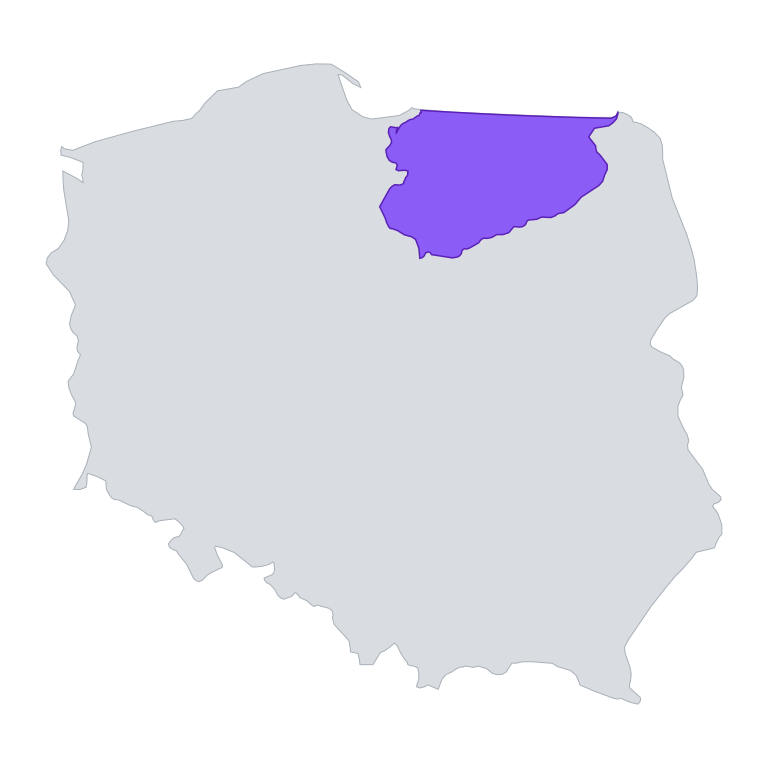 Warmian-Masurian on a map of Poland (Albers equal-area conic projection)
{"feature_id": "POL-3139", "entity_name": "Warmian-Masurian", "entity_type": "Voivodeship", "adm_level": 1, "iso_a3": "POL", "parent_name": "Poland", "parent_adm1": "", "projection": "albers", "projection_center": [20.397, 53.764], "detail": "fine", "context": "in_parent", "style": "filled", "palette": "violet", "viewbox_px": 768, "rotation_deg": 0, "n_neighbors": 0, "source": "natural_earth", "source_scale": "10m", "svg_char_len": 5427}
<svg xmlns="http://www.w3.org/2000/svg" viewBox="0 0 768 768"><path d="M683.0,427.2L687.1,434.6L688.8,440.5L687.5,445.2L688.1,449.9L702.8,469.5L708.7,483.9L712.3,489.5L720.4,496.5L721.2,499.5L718.3,502.5L713.9,503.9L712.7,506.5L717.8,513.2L721.8,524.7L721.9,534.2L719.4,536.8L716.4,542.6L714.4,547.9L696.2,552.3L692.0,558.1L682.4,569.2L675.8,575.7L666.1,587.2L650.6,607.0L628.2,640.0L624.3,647.5L625.3,653.6L630.1,667.7L631.2,674.1L630.6,680.1L629.4,685.4L629.7,687.8L640.2,697.3L640.7,699.4L639.9,702.0L637.8,704.1L629.8,702.2L620.9,698.4L617.9,699.0L613.2,698.2L593.4,690.8L580.0,685.0L578.6,681.0L576.0,675.2L570.3,670.4L557.4,666.5L552.2,663.3L531.3,661.7L522.3,661.8L515.9,663.2L511.9,663.1L506.3,671.8L502.4,674.3L496.8,674.6L491.8,673.1L486.7,668.6L478.5,666.2L472.7,667.4L468.4,666.4L464.6,666.2L463.3,667.1L460.3,667.0L456.0,669.1L451.2,672.2L446.0,674.5L441.9,679.5L438.2,689.3L428.0,684.9L424.6,686.8L419.8,688.0L416.5,686.7L417.3,683.3L418.8,679.5L418.8,674.1L417.9,668.2L414.8,666.3L410.0,665.5L407.6,664.3L407.4,662.4L405.0,659.8L400.9,653.5L397.0,645.5L394.3,643.1L390.3,646.8L384.2,651.0L380.5,652.4L373.0,664.6L360.0,664.7L359.3,659.0L358.0,653.5L350.5,651.9L350.3,648.7L348.9,640.6L334.1,624.4L332.4,617.7L333.1,615.2L332.1,610.9L328.9,608.3L317.1,605.0L313.9,606.6L311.2,604.7L307.0,600.8L299.6,597.5L298.8,595.9L296.2,593.1L294.7,592.7L293.7,594.3L291.4,596.5L283.6,599.2L280.5,597.9L277.8,595.2L274.8,589.6L270.3,584.6L266.6,582.7L264.5,580.1L264.1,578.1L272.7,574.4L274.7,570.4L273.9,562.9L272.7,561.9L269.3,564.3L262.1,566.3L255.6,567.0L252.2,566.9L234.3,552.5L222.4,547.7L215.4,546.2L214.6,547.5L217.4,555.3L222.5,565.0L222.1,567.5L211.4,572.5L206.8,575.5L202.8,579.8L199.4,581.7L196.6,581.0L193.7,578.7L186.7,564.4L177.7,553.2L176.7,550.8L173.7,550.0L169.6,547.3L168.3,544.0L170.7,540.7L173.8,537.8L179.1,536.2L180.8,534.4L181.8,531.8L184.0,528.4L183.5,527.1L180.1,522.9L174.9,518.8L159.6,520.7L155.3,522.5L153.2,519.7L151.6,515.8L147.9,514.8L142.9,511.0L136.9,507.2L130.9,505.8L118.7,500.0L113.9,499.4L111.3,497.5L108.6,493.5L106.4,489.3L105.8,480.9L96.8,476.4L87.9,473.4L87.1,474.5L86.9,482.9L86.0,487.3L79.8,489.6L73.7,489.4L74.2,488.1L82.5,473.6L86.5,464.3L91.4,447.3L88.1,433.3L87.4,426.8L85.6,423.6L73.7,416.0L73.0,413.6L75.6,404.7L74.9,400.8L72.3,396.6L69.0,388.3L68.1,381.4L73.7,373.8L78.2,360.2L80.5,354.8L77.5,351.4L77.0,347.0L78.4,340.7L77.1,335.9L73.0,332.5L70.5,328.3L69.6,323.2L71.3,315.4L75.5,305.0L69.5,291.5L53.5,275.0L46.1,263.8L47.3,257.8L51.4,252.7L58.4,248.4L64.1,240.2L67.8,230.2L68.8,220.9L63.8,190.3L63.2,182.6L62.8,171.0L77.2,178.6L83.1,182.7L82.7,178.6L81.7,175.1L82.9,170.1L83.1,162.4L70.0,157.3L61.2,155.2L60.7,149.8L61.9,146.5L64.1,148.7L72.8,150.3L95.1,141.7L133.0,131.2L173.2,121.3L182.5,120.5L191.9,118.4L195.6,113.9L199.2,111.0L205.0,103.0L217.5,90.8L238.5,87.2L246.5,81.4L263.2,73.6L300.5,65.5L316.0,63.9L331.1,64.1L344.3,72.1L358.4,81.8L360.8,87.5L353.2,83.8L342.1,75.1L338.0,74.6L346.9,100.4L352.0,109.6L362.5,116.6L371.5,119.1L399.2,115.5L409.1,110.2L412.0,107.6L414.5,108.9L450.7,112.1L576.6,117.4L612.8,117.4L615.0,116.6L618.6,112.2L623.1,112.6L628.5,115.1L631.1,117.0L632.2,119.2L633.0,121.8L635.9,122.2L641.3,124.0L648.7,128.2L654.5,132.4L660.2,138.4L662.3,145.4L662.7,153.5L662.6,158.7L672.2,198.0L686.4,233.5L691.9,250.8L694.2,260.0L696.3,273.5L697.3,282.9L697.5,288.3L696.9,295.7L693.3,300.2L669.5,313.7L665.0,317.8L658.2,327.8L651.9,338.0L650.5,341.5L650.2,343.8L651.8,347.0L660.8,352.0L669.9,355.9L672.9,358.9L679.6,362.8L682.2,366.3L683.6,369.5L683.9,376.9L681.4,387.3L683.0,395.0L680.2,400.3L677.9,406.2L678.0,416.3L683.0,427.2Z" fill="#d9dde1" stroke="#a8b0b8" stroke-width="1"/><path d="M615.1,116.6L616.3,115.6L617.8,112.5L618.0,113.4L616.5,118.8L613.0,122.7L608.8,125.8L594.5,128.2L588.7,137.0L595.5,145.6L595.9,148.9L596.7,151.9L600.1,155.1L607.2,164.5L607.2,169.7L604.7,174.8L602.6,181.3L599.0,185.4L581.1,197.2L574.9,204.6L563.8,212.6L558.9,213.4L556.9,214.4L555.0,215.9L550.9,217.5L541.5,217.1L536.7,219.3L528.8,220.0L527.2,220.9L525.4,224.7L522.7,226.6L519.7,227.1L513.9,226.6L508.9,232.6L503.0,234.6L496.7,234.6L491.9,237.4L487.7,238.3L483.0,238.3L480.6,240.2L478.5,242.9L469.2,248.2L466.8,249.0L464.3,248.7L462.2,250.3L461.1,254.0L459.4,256.0L457.4,257.0L452.4,257.9L431.5,254.6L431.0,253.9L430.5,252.9L429.5,252.2L428.4,252.0L425.7,252.8L424.0,256.1L422.1,257.7L419.8,258.3L418.9,248.2L415.6,239.5L411.9,236.9L404.4,234.8L397.4,230.5L392.4,228.7L391.2,228.7L389.6,228.0L388.6,226.5L386.7,222.7L385.1,217.9L379.7,206.7L389.6,188.9L392.0,186.4L394.7,184.7L400.0,185.1L403.7,183.5L403.8,181.7L404.6,180.5L405.7,177.4L406.9,176.2L407.7,174.8L407.7,172.9L408.0,171.1L404.8,170.2L398.3,170.7L396.0,169.5L397.4,165.2L395.7,162.8L392.4,162.3L389.3,160.4L387.2,156.8L386.1,152.0L385.9,149.9L387.0,148.4L389.8,145.5L390.9,143.8L391.6,141.8L391.0,139.0L389.7,136.6L388.4,132.4L388.9,128.6L390.5,126.8L396.2,127.7L397.7,127.5L397.7,128.3L397.1,128.9L396.6,129.9L396.3,131.2L396.3,132.8L397.1,132.0L398.3,129.0L398.8,128.3L399.2,127.9L400.8,125.3L402.5,123.8L403.3,123.3L404.1,123.1L409.2,120.0L410.3,119.5L412.8,119.2L417.0,116.2L417.8,115.8L418.8,115.7L419.3,115.1L419.7,113.9L420.2,112.8L421.2,112.7L421.1,112.2L420.9,111.0L420.8,110.5L421.5,110.5L421.8,110.4L435.0,111.2L459.9,112.6L478.4,113.6L497.0,114.5L520.0,115.5L547.8,116.5L565.7,117.1L583.6,117.6L598.6,118.0L610.7,118.3L615.1,116.6Z" fill="#8b5cf6" stroke="#5b21b6" stroke-width="1.5"/></svg>